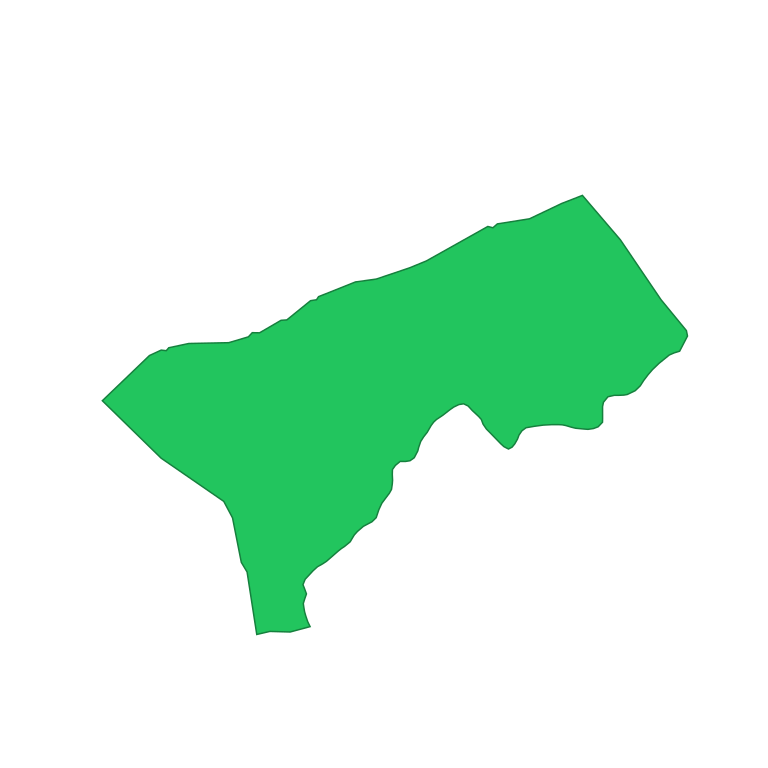 the district of San Antonio Palopó, Sololá, Guatemala, rotated 221°
{"feature_id": "79465075B56849944054802", "entity_name": "San Antonio Palopó", "entity_type": "district", "adm_level": 2, "iso_a3": "GTM", "parent_name": "Guatemala", "parent_adm1": "Sololá", "projection": "albers", "projection_center": [-91.117, 14.666], "detail": "fine", "context": "isolated", "style": "filled", "palette": "green", "viewbox_px": 768, "rotation_deg": 221, "n_neighbors": 0, "source": "geoboundaries", "source_scale": "gbopen_adm2", "svg_char_len": 1839}
<svg xmlns="http://www.w3.org/2000/svg" viewBox="0 0 768 768"><g transform="rotate(221 384 384)"><path d="M182.4,602.7L186.4,619.3L190.8,622.7L230.4,629.4L300.2,647.9L358.0,656.5L368.3,636.9L382.6,604.1L403.5,579.2L404.3,573.4L409.0,571.0L432.8,504.6L441.0,488.3L458.7,458.1L472.5,442.3L490.7,407.0L490.2,403.3L494.1,398.7L499.4,368.6L503.5,364.5L511.5,341.0L517.1,336.3L517.3,330.6L528.3,313.3L557.9,286.5L570.2,270.2L570.2,266.3L574.4,263.4L579.7,251.6L585.6,186.6L503.6,181.8L427.9,190.3L410.5,183.6L374.7,155.8L364.0,152.3L315.7,111.5L307.8,122.4L292.1,135.3L280.6,152.4L285.7,154.6L291.0,157.7L294.5,160.0L297.9,162.8L300.9,165.4L302.9,169.9L304.8,174.7L309.3,177.2L313.5,179.4L315.4,184.9L315.0,196.6L314.3,202.5L312.3,208.1L311.1,212.4L309.7,222.4L308.9,228.2L308.2,231.9L307.2,235.5L306.0,242.8L306.7,246.5L307.4,250.6L307.3,255.3L306.2,263.0L304.8,266.7L302.7,272.1L302.2,278.0L305.4,285.7L307.4,292.6L307.8,298.0L308.3,305.1L309.2,309.4L312.3,314.2L314.4,317.0L318.4,321.2L321.5,325.0L322.0,330.0L321.0,336.2L317.0,339.6L314.0,343.2L312.8,348.2L314.6,355.7L316.2,358.8L318.6,364.7L319.4,370.1L319.7,375.8L320.5,380.0L321.2,383.6L321.5,387.9L321.1,391.7L319.1,399.0L317.4,407.7L316.3,412.2L314.0,417.6L310.9,421.3L306.1,422.6L299.9,421.9L291.5,421.6L287.3,421.1L282.9,418.7L277.2,417.2L271.9,416.8L256.6,415.5L252.4,415.4L247.4,416.6L245.9,420.4L246.0,424.5L247.1,430.0L248.6,434.0L249.2,439.2L248.1,444.2L242.7,450.8L236.8,457.5L230.6,463.5L225.8,467.7L222.6,470.2L219.4,472.0L214.3,474.3L210.4,476.3L204.5,480.5L200.3,483.6L196.7,487.8L194.3,492.2L194.0,498.5L196.5,501.5L204.2,510.3L206.4,514.2L206.6,521.3L202.8,526.5L199.9,529.0L195.6,533.1L193.5,535.7L190.0,543.8L189.4,550.7L190.3,556.9L190.8,564.4L190.8,571.1L190.0,580.0L187.7,593.1L185.4,597.9L182.4,602.7Z" fill="#22c55e" stroke="#15803d" stroke-width="1.5"/></g></svg>